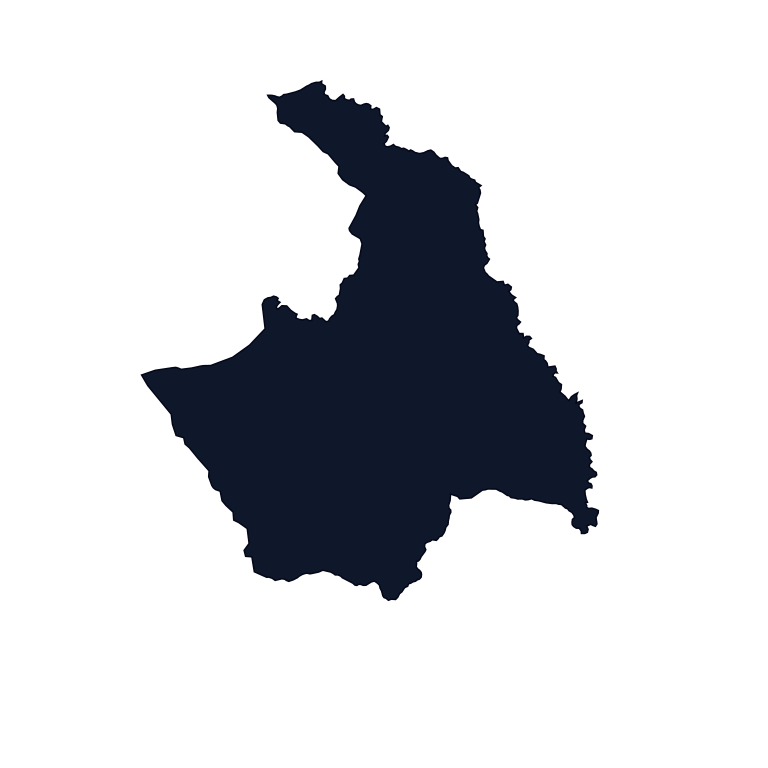 Corguinho, Mato Grosso do Sul, Brazil, rotated 303°
{"feature_id": "56859067B58244822602525", "entity_name": "Corguinho", "entity_type": "district", "adm_level": 2, "iso_a3": "BRA", "parent_name": "Brazil", "parent_adm1": "Mato Grosso do Sul", "projection": "orthographic", "projection_center": [-55.002, -19.811], "detail": "fine", "context": "isolated", "style": "filled", "palette": "ink", "viewbox_px": 768, "rotation_deg": 303, "n_neighbors": 0, "source": "geoboundaries", "source_scale": "gbopen_adm2", "svg_char_len": 6171}
<svg xmlns="http://www.w3.org/2000/svg" viewBox="0 0 768 768"><g transform="rotate(303 384 384)"><path d="M366.2,631.0L368.0,633.8L370.4,635.3L373.3,634.3L375.3,631.2L377.0,632.6L378.9,633.7L379.2,636.4L379.8,638.8L382.6,638.8L387.5,634.5L392.5,633.9L394.6,632.7L394.2,629.8L393.1,626.0L391.1,623.5L390.8,621.2L392.6,620.1L394.0,617.5L395.6,619.1L397.3,616.6L400.9,612.9L404.3,610.3L406.6,611.0L408.9,612.3L410.0,614.9L411.9,613.9L413.1,611.8L412.4,609.4L413.6,607.2L417.1,608.1L419.5,609.4L421.1,611.5L423.6,611.9L425.5,610.1L425.3,607.6L426.1,604.6L426.0,601.9L428.3,600.1L432.1,600.7L432.9,597.8L434.5,596.1L436.9,596.6L438.7,595.0L439.7,592.7L439.9,589.8L441.2,586.5L443.3,585.5L448.4,584.0L449.6,586.6L451.3,588.1L454.2,586.8L453.9,582.7L452.2,579.2L454.5,576.9L458.5,576.0L459.2,572.1L461.7,570.5L466.1,569.7L468.0,567.0L470.4,564.6L470.4,561.4L471.4,559.6L473.2,558.7L476.1,560.2L478.1,559.2L472.7,555.5L476.5,554.0L479.3,551.7L481.9,551.2L478.9,549.5L475.4,548.1L470.8,548.1L471.2,545.7L472.3,542.6L473.2,535.8L476.1,535.3L480.2,533.1L480.2,529.6L482.9,524.3L482.5,521.5L484.4,520.8L486.5,521.2L487.7,523.3L488.6,521.2L490.5,520.1L492.1,517.6L487.4,512.3L490.3,509.5L491.4,506.8L491.5,504.7L494.8,502.9L493.9,498.8L492.8,495.9L494.4,490.3L493.6,485.4L494.5,483.3L497.7,482.9L499.8,481.7L502.5,482.8L503.2,480.2L501.6,477.5L498.6,476.0L502.0,473.1L499.9,469.9L503.0,464.6L505.4,463.5L507.9,464.5L510.3,464.7L510.8,460.5L512.1,458.8L514.5,458.9L518.2,456.7L521.3,454.2L523.5,451.7L523.9,448.1L525.0,446.3L528.2,447.3L528.1,443.2L528.7,440.6L529.9,438.2L532.2,439.0L534.7,438.0L535.1,433.6L532.4,431.2L534.9,428.0L531.1,423.2L531.5,412.8L532.3,410.5L532.7,408.1L535.5,404.1L538.3,403.5L541.2,404.6L546.2,404.4L546.4,402.2L547.4,400.4L549.5,399.3L551.0,396.1L552.8,394.1L556.0,393.5L558.0,390.2L560.8,389.7L561.9,387.0L566.8,383.3L566.0,380.8L568.0,378.0L570.6,375.4L573.6,373.9L577.9,369.7L579.4,367.6L583.0,366.5L584.3,362.9L586.4,363.8L596.7,360.9L599.0,358.8L600.2,356.3L603.3,357.3L603.0,350.8L604.4,349.0L603.5,345.7L603.6,343.5L604.8,341.7L604.7,335.2L604.0,332.5L605.8,328.4L603.9,326.1L604.0,321.9L606.3,316.0L608.3,314.1L607.3,311.8L605.1,310.2L603.6,308.0L604.3,303.0L605.6,299.5L605.7,295.9L603.5,293.8L599.6,291.4L596.6,288.3L595.0,283.8L595.1,281.6L594.8,278.9L592.8,278.0L592.9,275.3L592.5,272.2L590.8,270.4L590.7,267.6L589.5,264.2L590.0,261.5L587.2,260.1L584.7,257.7L584.1,255.5L585.6,253.1L589.0,253.8L593.5,253.2L594.3,251.2L592.4,249.4L594.8,248.5L599.1,249.5L601.8,248.7L603.0,246.3L601.1,245.3L602.6,238.8L607.4,236.9L607.6,234.0L612.1,230.5L611.7,227.1L608.3,225.3L607.3,222.8L610.2,221.4L610.3,218.5L609.5,216.4L607.6,214.6L605.1,213.0L604.0,210.3L603.8,208.1L604.4,205.6L606.5,203.2L605.0,201.2L603.1,200.6L602.0,198.0L601.8,195.3L603.9,194.0L604.5,191.9L600.1,190.4L595.3,189.1L593.6,186.1L593.4,182.8L595.1,179.8L594.3,176.6L596.0,174.7L599.3,174.3L601.9,172.5L601.8,168.1L604.1,166.8L601.8,165.5L600.0,162.7L596.5,159.7L593.8,158.4L591.5,156.9L585.0,153.9L580.6,150.6L573.8,144.4L572.1,142.3L569.8,141.6L567.7,140.4L566.7,138.2L566.2,135.8L565.0,132.7L562.8,129.2L561.5,131.5L560.2,140.4L559.4,142.5L557.3,144.8L553.6,146.7L547.4,151.7L546.4,155.0L548.5,159.6L548.2,162.5L548.5,164.6L546.9,171.6L550.5,178.1L550.3,186.1L547.8,198.8L545.8,206.4L546.6,211.8L543.3,222.6L542.1,227.7L535.6,230.9L532.8,238.1L532.3,246.6L533.7,252.9L533.2,261.6L532.3,266.5L520.2,266.8L510.0,268.8L495.6,269.9L493.9,271.6L492.5,275.7L493.0,284.9L489.6,289.3L478.9,293.7L475.1,294.8L473.5,296.6L470.4,297.2L467.9,299.7L458.7,299.3L456.3,296.1L452.9,295.8L450.8,293.2L446.2,294.0L443.3,293.3L440.5,295.5L434.1,298.2L431.9,297.2L429.2,296.9L426.3,301.1L424.4,302.5L420.9,304.0L417.5,304.1L415.1,304.6L412.4,303.3L409.0,302.9L406.5,303.3L404.6,301.3L405.5,296.0L403.8,294.4L404.4,291.3L404.3,287.9L402.6,286.5L398.1,288.8L396.4,286.7L396.5,283.6L393.3,280.7L392.1,277.9L391.3,274.4L393.0,273.4L395.2,273.1L394.8,270.8L395.0,265.6L396.5,259.9L394.0,255.7L391.3,255.0L388.6,253.9L389.9,251.7L392.8,251.7L395.9,252.3L395.8,248.7L398.2,248.6L398.4,246.3L397.5,243.5L395.0,242.0L393.0,239.7L389.5,237.8L384.4,238.6L365.6,254.2L343.3,250.1L323.9,242.5L305.1,228.6L301.1,222.7L299.2,220.5L292.6,214.0L285.8,205.9L285.3,202.9L284.5,200.3L282.3,197.6L270.9,184.7L259.5,175.8L254.0,186.8L242.8,222.0L234.9,228.6L227.6,237.7L229.9,245.3L225.3,249.9L224.5,255.6L220.5,268.0L215.9,284.6L210.7,287.5L205.1,294.9L204.0,297.4L203.7,300.2L204.9,305.0L197.9,311.8L196.1,317.5L194.4,327.2L188.0,332.1L188.7,337.7L188.3,348.0L176.8,357.7L168.3,357.3L164.1,361.8L167.1,367.3L155.9,377.5L158.0,390.8L159.3,392.6L160.2,396.1L160.0,399.7L165.0,404.4L166.2,407.0L166.1,409.1L166.6,411.6L170.3,414.5L174.5,416.9L176.6,417.5L179.8,419.2L182.1,421.0L183.5,422.6L184.4,425.2L186.1,427.0L190.7,431.6L194.5,434.1L197.3,441.8L197.5,444.8L197.3,447.1L198.8,449.4L199.3,452.2L198.8,454.6L200.0,466.3L199.5,469.1L200.3,471.0L202.2,471.8L203.3,473.7L203.8,476.2L205.4,478.5L211.0,481.1L213.5,483.3L213.4,486.8L212.9,489.6L210.6,492.0L209.1,494.7L205.7,498.4L204.9,500.3L205.4,502.5L205.0,505.5L207.5,507.3L209.6,511.1L212.8,511.7L216.5,511.2L219.4,512.2L224.4,512.2L227.3,514.0L229.8,513.4L231.5,514.9L233.8,516.0L235.7,517.8L237.9,518.6L239.7,520.0L242.2,520.4L244.7,519.2L246.2,517.8L247.0,515.7L247.3,512.7L248.2,510.6L250.7,509.4L252.9,507.9L254.4,509.3L256.7,509.6L259.5,509.2L265.8,509.6L267.8,509.3L269.7,506.5L272.4,505.3L274.8,506.4L277.3,508.4L279.6,509.2L281.4,513.1L283.7,513.6L286.0,513.6L288.1,515.3L291.5,515.4L294.3,515.0L297.4,513.9L301.1,514.2L304.4,512.4L307.0,511.5L309.2,510.3L312.8,509.9L314.6,508.6L315.2,506.2L317.4,504.3L322.3,502.9L327.9,499.8L329.8,506.9L328.9,510.1L336.1,519.3L348.7,524.4L350.3,526.4L352.5,528.2L357.0,535.4L357.3,539.4L357.9,542.1L357.7,548.0L358.5,549.9L357.9,552.3L359.7,556.2L360.3,558.6L363.1,562.8L363.7,565.5L365.5,567.9L368.2,570.3L368.6,573.6L370.4,577.5L372.7,584.6L375.3,590.0L377.6,593.4L378.3,596.0L379.6,598.4L378.8,603.8L379.4,605.9L378.5,608.2L378.7,611.5L377.5,614.6L375.8,616.5L373.1,615.8L370.3,617.1L368.5,618.5L367.8,620.7L367.8,623.7L369.4,626.4L368.2,629.4L366.2,631.0Z" fill="#0f172a" stroke="#020617" stroke-width="1.5"/></g></svg>